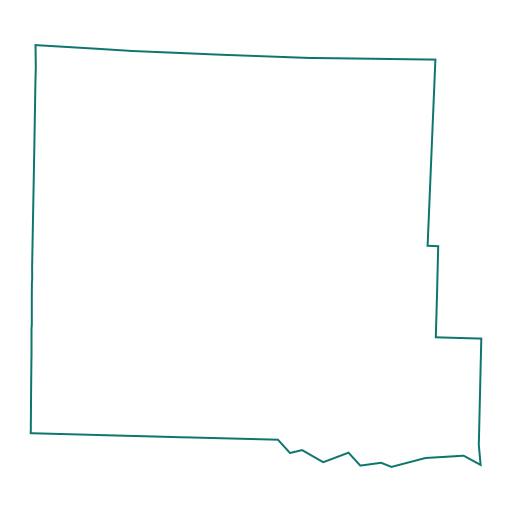 the district of Cass, Missouri, United States of America
{"feature_id": "52423323B27158258855526", "entity_name": "Cass", "entity_type": "district", "adm_level": 2, "iso_a3": "USA", "parent_name": "United States of America", "parent_adm1": "Missouri", "projection": "albers", "projection_center": [-94.412, 38.646], "detail": "fine", "context": "isolated", "style": "outline", "palette": "teal", "viewbox_px": 512, "rotation_deg": 0, "n_neighbors": 0, "source": "geoboundaries", "source_scale": "gbopen_adm2", "svg_char_len": 680}
<svg xmlns="http://www.w3.org/2000/svg" viewBox="0 0 512 512"><path d="M34.1,159.7L32.1,267.5L32.2,278.4L31.9,283.2L31.8,294.9L31.8,325.5L31.7,325.6L31.5,329.3L31.5,357.4L31.4,359.4L31.4,359.7L31.1,390.0L30.9,418.5L30.8,426.1L30.9,427.4L30.7,433.2L182.7,437.3L184.3,437.3L277.9,439.7L290.0,453.0L302.1,450.1L323.2,462.2L348.5,452.7L360.3,465.6L381.1,462.8L391.5,466.9L425.4,458.0L463.6,455.7L480.6,464.9L478.8,445.0L481.3,338.6L435.8,337.3L437.1,291.6L438.2,246.2L427.6,245.8L435.4,59.6L313.7,58.0L309.9,58.0L225.3,54.9L206.1,54.1L132.0,51.0L99.3,48.9L35.5,45.1L35.8,65.7L35.8,67.8L35.4,83.1L34.2,155.1L34.1,156.9L34.1,159.7Z" fill="none" stroke="#0f766e" stroke-width="2"/></svg>